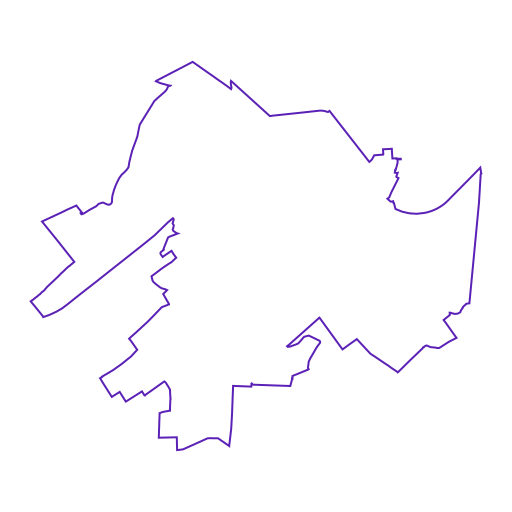 outline of Ovidiu, Constanta, Romania
{"feature_id": "2599482B69987061375361", "entity_name": "Ovidiu", "entity_type": "district", "adm_level": 2, "iso_a3": "ROU", "parent_name": "Romania", "parent_adm1": "Constanta", "projection": "orthographic", "projection_center": [28.5, 44.253], "detail": "fine", "context": "isolated", "style": "outline", "palette": "violet", "viewbox_px": 512, "rotation_deg": 0, "n_neighbors": 0, "source": "geoboundaries", "source_scale": "gbopen_adm2", "svg_char_len": 5876}
<svg xmlns="http://www.w3.org/2000/svg" viewBox="0 0 512 512"><path d="M112.9,193.9L112.4,195.9L112.1,197.9L112.0,201.4L111.9,202.1L111.6,202.9L111.2,203.4L110.3,204.2L109.7,204.6L108.8,204.7L108.3,204.7L107.7,204.6L106.0,203.9L104.3,203.1L103.4,202.7L102.5,202.6L98.6,203.9L96.3,206.2L89.5,209.9L84.3,213.2L82.0,214.2L81.6,214.3L81.2,214.0L80.6,213.1L81.8,212.4L76.3,205.5L75.0,206.1L74.7,206.3L67.5,209.5L61.2,212.6L42.0,221.5L57.7,240.9L74.3,261.9L73.1,262.9L70.9,264.7L70.0,265.5L69.5,266.0L69.1,266.1L68.8,266.3L66.5,268.3L64.6,270.2L62.0,272.7L60.7,273.7L60.1,274.5L57.5,277.1L51.5,282.8L50.3,283.9L49.6,284.5L48.0,286.1L46.9,287.1L46.1,288.1L45.3,289.0L44.6,289.9L44.3,290.3L43.1,291.3L42.6,291.6L41.9,292.1L40.9,293.3L40.6,293.5L40.4,293.8L39.7,294.4L38.7,295.1L38.2,295.5L37.7,296.0L37.3,296.4L35.7,297.5L34.8,298.3L32.3,300.2L30.7,301.3L31.3,302.1L34.5,305.9L38.0,310.2L40.1,312.8L42.9,316.3L43.2,317.1L49.2,315.0L56.2,311.8L61.9,308.5L67.5,304.3L80.8,293.7L96.6,281.4L99.1,279.4L114.5,267.2L117.3,265.0L143.1,244.6L150.4,238.7L154.4,235.5L168.2,222.1L172.9,218.2L173.5,218.9L173.7,219.6L172.6,223.5L173.6,224.9L173.8,225.4L173.2,228.2L172.7,229.5L172.8,229.9L173.1,230.5L173.5,231.0L175.6,232.5L176.6,233.1L177.8,233.5L169.4,236.7L168.1,237.4L163.4,249.2L163.8,249.8L161.0,252.0L160.6,252.5L160.4,253.2L160.7,254.3L162.7,257.0L163.5,256.3L170.5,251.5L171.5,250.8L173.6,254.2L176.2,257.7L171.3,262.3L168.9,263.7L162.4,268.1L151.5,276.3L152.3,279.6L152.5,280.5L153.4,281.9L155.7,284.0L156.9,284.9L160.1,287.4L161.9,288.4L165.0,289.1L167.1,290.1L164.2,293.0L163.2,294.0L169.0,304.1L169.0,304.4L162.0,307.1L161.6,307.3L159.0,310.1L157.8,311.3L153.5,315.8L149.0,320.4L147.5,321.9L144.9,324.3L141.4,327.5L140.7,328.2L139.8,329.0L138.9,329.8L138.7,330.0L136.1,332.4L131.0,336.9L129.1,338.7L131.2,341.2L137.2,349.8L130.8,356.7L127.2,359.5L123.3,362.7L120.0,365.2L115.9,368.1L112.8,370.3L110.9,371.4L108.4,372.9L106.0,374.3L103.8,375.6L102.1,376.6L102.2,376.9L100.9,377.7L100.1,378.2L100.2,378.3L102.8,382.7L111.8,396.9L119.7,391.9L125.8,401.6L126.0,401.5L142.0,391.4L144.4,395.3L144.9,395.5L145.1,395.1L164.2,381.5L164.4,381.7L164.6,381.7L164.9,381.8L165.5,382.4L165.9,382.8L166.0,383.0L167.7,385.7L168.6,387.1L170.0,389.8L170.1,393.0L170.3,395.5L170.4,398.1L170.6,398.4L170.6,399.0L170.4,399.3L170.3,400.8L170.1,405.6L170.0,410.7L169.5,410.7L166.8,411.2L166.1,411.4L165.0,411.5L162.4,412.1L161.6,412.4L160.9,412.7L159.6,413.1L158.8,437.7L176.8,437.3L177.1,450.1L182.9,449.4L189.0,446.7L207.6,438.3L208.0,438.3L209.2,438.2L217.6,438.3L217.9,438.3L218.2,438.4L222.1,441.1L229.2,446.0L229.2,445.9L231.2,428.8L231.3,426.6L231.4,425.5L232.1,412.6L232.4,404.1L233.1,386.0L233.1,385.9L251.3,386.6L251.4,385.2L251.5,384.5L251.4,383.7L251.7,383.4L253.0,384.7L253.4,384.7L290.3,386.0L291.9,379.9L292.0,379.4L292.0,378.9L292.0,378.5L292.5,378.6L292.5,376.0L293.9,375.4L299.6,373.1L308.3,369.5L308.7,369.3L308.7,369.2L308.4,368.8L308.1,368.3L308.0,368.0L308.0,367.4L308.7,361.8L310.0,358.8L313.6,352.7L316.5,347.6L318.9,344.3L319.8,343.2L320.1,342.6L320.1,342.0L320.1,341.6L319.8,341.0L319.4,340.7L312.6,337.4L309.0,335.7L308.7,335.6L304.1,336.8L303.8,337.1L300.9,340.5L298.3,343.4L295.8,344.5L290.3,346.5L287.8,346.9L287.1,346.2L288.7,345.0L310.7,325.4L316.8,320.0L319.4,317.6L319.5,317.7L342.5,349.4L349.1,344.6L355.0,340.4L356.8,339.1L357.2,339.6L358.3,340.7L367.6,350.7L370.2,353.5L371.4,354.4L374.7,356.5L385.6,363.9L388.0,365.4L389.7,366.7L392.4,368.6L395.3,370.5L397.1,371.7L397.7,372.4L398.0,372.2L411.1,359.3L422.3,348.6L423.2,347.3L423.6,347.4L424.3,346.6L425.5,345.8L426.1,345.6L426.6,345.5L427.1,345.6L427.5,345.8L428.6,346.3L429.8,346.8L431.1,347.2L432.2,347.3L435.8,347.6L436.5,347.9L436.9,348.0L439.2,348.0L449.2,341.6L449.6,341.4L453.6,339.4L456.5,337.9L452.7,332.6L445.4,322.3L443.6,320.0L444.1,319.6L449.2,315.5L449.7,315.1L449.6,314.8L450.0,314.0L449.6,312.8L449.6,312.7L450.4,312.7L450.9,312.9L451.9,313.2L452.5,313.4L453.1,313.5L453.4,313.5L453.6,313.7L453.8,313.8L454.0,313.8L454.9,313.9L457.3,313.7L458.6,313.2L460.3,312.2L460.9,310.4L461.0,310.3L461.5,309.6L461.7,309.4L462.0,308.8L462.1,308.6L462.3,308.2L462.8,307.8L463.1,307.3L463.2,306.8L463.2,306.7L463.9,306.0L464.3,305.7L464.5,305.5L464.9,305.3L465.1,305.0L465.5,304.7L465.9,304.1L466.7,303.7L467.5,303.6L468.2,303.4L468.8,303.3L469.4,303.3L479.0,202.5L480.7,174.1L481.3,173.5L481.2,173.4L480.3,167.6L474.3,173.8L469.0,179.2L450.1,198.3L447.9,200.6L445.3,203.0L443.1,204.8L440.6,206.5L437.0,208.6L435.3,209.4L433.6,210.2L431.5,211.0L427.0,212.4L423.9,213.0L416.6,213.8L409.3,213.3L402.2,211.7L395.5,209.0L393.9,203.0L393.5,203.0L393.1,201.2L391.8,201.6L391.4,201.7L391.1,201.7L390.8,201.6L390.5,201.5L390.2,201.3L388.7,199.9L387.4,198.7L389.2,197.4L391.5,192.0L398.5,178.1L396.4,176.9L396.3,176.5L397.3,173.9L397.7,172.8L396.8,173.0L394.8,172.7L395.2,169.8L395.7,169.8L397.6,162.8L397.5,159.5L400.8,159.3L400.7,158.7L396.6,158.9L396.6,158.3L392.5,158.5L392.4,158.5L392.3,157.1L391.8,148.8L383.0,149.3L383.3,154.5L383.2,154.6L374.2,155.3L372.0,159.4L370.8,160.7L369.3,161.9L340.1,124.5L335.9,119.1L329.5,110.9L328.4,111.7L328.3,111.8L328.0,112.0L327.8,112.0L325.9,111.4L325.6,111.3L324.7,111.1L323.2,110.8L321.1,110.6L319.2,110.7L300.8,112.7L272.4,115.7L269.9,116.1L231.0,80.9L230.8,81.7L230.8,83.3L230.9,84.4L231.2,86.0L231.5,87.6L231.4,88.2L231.1,89.1L228.7,87.3L223.0,83.2L218.1,79.8L213.5,76.5L208.3,72.9L193.1,62.2L192.6,61.9L156.3,80.8L155.9,81.2L159.7,82.9L162.3,83.7L167.5,85.1L169.4,85.6L170.4,85.7L170.3,85.8L170.0,85.9L168.5,85.7L166.7,89.5L165.6,90.9L163.6,92.8L157.5,98.1L155.4,100.1L154.2,101.2L152.7,103.7L148.5,110.5L143.8,118.1L139.7,124.8L138.7,129.5L137.4,136.2L136.5,138.9L134.1,145.4L132.1,150.9L129.4,161.7L129.0,164.2L128.5,167.3L126.6,169.9L124.7,171.9L121.6,174.8L119.2,178.1L116.2,184.2L114.2,189.4L113.4,192.2L112.9,193.9Z" fill="none" stroke="#5b21b6" stroke-width="2"/></svg>